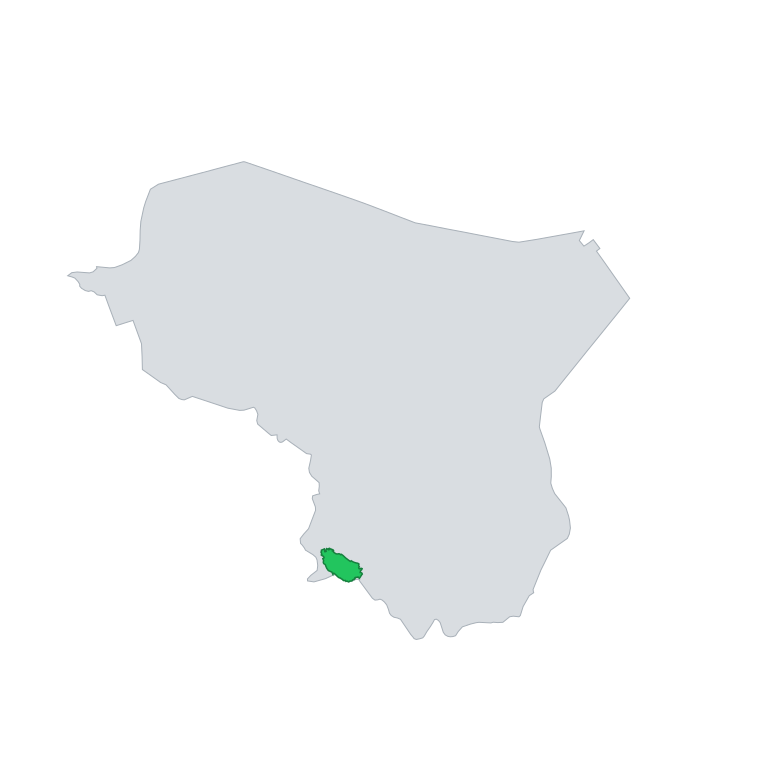 Sharbazher, As-Sulaymaniyah, Iraq (highlighted), rotated 160°
{"feature_id": "34846034B48461077478738", "entity_name": "Sharbazher", "entity_type": "district", "adm_level": 2, "iso_a3": "IRQ", "parent_name": "Iraq", "parent_adm1": "As-Sulaymaniyah", "projection": "mercator", "projection_center": [45.575, 35.704], "detail": "fine", "context": "in_parent", "style": "filled", "palette": "green", "viewbox_px": 768, "rotation_deg": 160, "n_neighbors": 0, "source": "geoboundaries", "source_scale": "gbopen_adm2", "svg_char_len": 5849}
<svg xmlns="http://www.w3.org/2000/svg" viewBox="0 0 768 768"><g transform="rotate(160 384 384)"><path d="M314.7,136.7L319.9,135.4L329.4,127.3L335.1,119.8L336.8,119.1L341.9,121.6L345.5,122.3L353.8,119.4L358.7,120.9L362.9,122.8L365.2,122.9L376.3,127.6L379.1,128.2L384.8,128.8L393.4,129.0L398.9,126.0L402.8,123.0L405.6,123.1L408.2,123.8L410.4,125.1L412.3,127.3L413.2,130.4L412.8,140.5L413.7,143.2L415.2,145.1L417.1,145.4L419.4,143.3L423.5,140.1L428.5,136.6L432.3,133.4L434.4,132.2L437.8,132.4L441.0,132.9L442.9,134.5L442.9,135.0L444.6,139.7L449.0,157.3L451.5,159.6L454.4,161.4L456.4,164.0L457.2,166.7L456.9,170.7L457.0,175.5L458.2,179.1L459.8,181.8L461.4,183.2L463.6,183.3L466.4,184.0L468.2,186.7L474.1,206.6L474.6,209.2L477.1,210.0L481.1,209.7L485.3,211.7L489.7,214.9L493.9,221.0L496.7,221.9L505.5,221.1L517.5,222.0L523.2,225.1L522.6,227.0L518.3,229.2L510.6,231.7L508.4,236.0L507.1,241.5L507.3,244.6L509.2,248.0L514.6,254.7L514.9,257.1L515.9,260.5L516.9,262.8L515.7,267.3L510.8,270.4L504.4,273.8L491.5,288.7L490.5,292.0L490.6,300.8L489.3,303.3L485.2,303.2L482.0,302.8L481.9,305.9L479.8,310.0L478.7,313.5L483.4,322.0L484.3,326.4L483.5,330.5L479.1,337.4L476.5,342.1L477.1,343.2L480.6,345.1L491.2,360.4L494.7,365.7L499.2,364.3L500.9,364.4L502.2,365.3L503.0,367.1L503.0,369.4L501.9,372.8L507.6,374.2L509.7,377.7L516.4,389.5L516.1,393.1L512.9,398.6L512.9,402.4L513.6,405.7L514.6,406.8L524.5,407.3L528.7,408.6L539.0,414.7L550.6,423.9L560.2,431.5L568.3,437.9L577.1,437.4L579.4,438.6L581.7,440.6L584.2,445.9L589.1,457.8L593.4,461.8L599.9,471.3L606.1,480.2L602.0,492.3L598.1,504.8L598.1,521.0L598.1,529.6L606.4,530.0L615.7,530.4L615.8,540.7L615.9,551.1L615.9,562.9L618.7,563.4L623.0,565.9L624.9,569.7L627.2,571.8L630.0,572.1L632.8,574.0L635.5,577.4L636.5,580.0L635.8,581.7L636.4,584.8L638.3,589.3L640.6,591.3L644.2,593.9L639.3,595.4L634.0,594.2L622.7,589.1L619.0,588.9L614.2,590.9L614.0,592.6L602.0,586.9L597.7,585.7L596.2,585.6L589.3,585.6L579.5,586.7L573.8,589.0L569.8,591.5L568.0,593.9L567.3,595.3L564.2,602.4L560.6,611.7L556.9,619.9L549.6,631.6L545.6,636.9L536.9,646.9L527.6,648.9L505.9,646.9L481.9,644.7L458.0,642.6L440.3,641.0L438.9,640.4L421.3,626.2L407.4,614.9L390.1,600.8L372.3,586.4L354.3,571.7L341.3,561.0L325.4,547.3L311.0,534.7L299.6,524.8L284.9,516.1L273.5,509.2L256.8,499.3L243.5,491.3L232.1,484.5L214.6,474.0L208.7,471.1L190.6,467.6L173.3,464.6L155.4,461.5L143.6,459.5L151.4,452.0L149.0,445.2L143.3,446.5L138.0,448.1L134.8,437.5L138.9,436.2L135.1,422.5L131.3,408.3L127.6,394.6L123.8,380.5L138.8,371.4L150.1,364.6L165.9,355.1L181.1,346.0L195.6,337.2L211.5,327.6L225.8,318.9L238.9,315.4L241.6,312.6L247.6,300.8L252.7,290.6L252.9,288.3L253.0,273.9L253.9,256.9L255.6,247.8L258.5,239.7L261.2,233.8L261.5,228.3L261.1,222.7L258.3,214.2L255.4,205.4L255.7,196.8L256.3,192.3L258.1,184.9L261.2,179.6L264.5,176.2L277.0,172.8L284.3,170.8L294.2,161.2L300.1,155.6L308.2,146.6L314.2,139.9L314.7,137.6L314.7,136.7Z" fill="#d9dde1" stroke="#a8b0b8" stroke-width="1"/><path d="M494.2,248.9L494.5,248.5L495.2,247.7L495.7,247.4L495.8,247.2L495.7,246.5L496.3,246.5L496.6,246.5L497.0,246.7L496.8,247.4L496.6,248.2L496.4,248.7L496.3,249.1L496.3,249.4L497.1,249.4L498.0,249.3L498.9,249.3L499.6,249.3L499.9,248.7L500.2,247.8L500.7,247.6L500.6,246.5L500.7,245.9L500.7,245.6L500.7,245.1L501.4,244.8L501.2,244.5L500.9,243.9L500.8,243.7L500.4,243.4L500.1,243.1L499.9,242.8L499.8,242.4L499.7,242.0L499.7,241.3L500.1,241.0L501.2,240.9L501.2,239.6L501.1,238.7L501.6,238.0L502.0,237.3L502.1,236.5L502.0,235.8L501.7,235.3L501.2,234.8L501.0,234.3L500.9,233.8L501.0,233.2L500.9,231.8L500.9,231.5L500.9,230.8L500.8,230.3L500.7,229.9L500.6,229.5L500.3,228.4L500.2,227.9L500.0,227.6L499.4,227.0L498.9,226.6L498.4,226.0L497.8,225.6L497.3,225.1L497.3,224.6L497.2,224.3L497.2,223.7L497.2,223.3L497.1,222.5L496.6,223.1L496.1,223.4L495.6,223.1L494.7,221.4L494.1,220.4L493.9,219.7L493.3,218.5L492.9,218.0L492.5,217.3L492.0,216.9L491.2,216.5L491.2,216.2L490.9,215.6L490.1,214.8L489.7,214.5L489.6,214.0L489.6,213.5L489.1,213.1L488.8,212.8L487.7,212.8L487.5,212.4L487.4,211.9L487.3,211.5L486.7,211.5L486.1,211.3L485.9,211.2L485.4,210.5L485.2,210.2L484.8,210.1L484.3,210.1L483.7,210.4L483.4,210.4L483.0,210.3L482.9,210.2L482.5,210.1L482.0,210.0L481.3,210.0L480.9,210.2L480.5,210.6L480.0,210.7L479.4,210.5L478.9,210.5L478.7,210.8L478.5,211.2L478.2,211.3L477.7,211.1L477.6,211.4L477.4,211.8L477.4,212.0L477.2,212.0L476.7,212.0L476.1,211.7L475.6,211.7L475.4,211.6L474.9,211.4L474.8,211.6L474.4,211.6L474.2,211.1L474.0,210.5L473.5,209.8L473.3,210.2L472.8,210.5L472.2,210.7L471.8,211.2L470.7,211.9L470.4,212.2L470.0,212.5L469.8,212.6L469.4,212.8L469.4,213.1L469.4,213.4L469.4,213.8L469.9,214.4L470.2,214.8L470.5,215.0L470.8,215.1L470.4,215.6L470.2,216.2L470.1,216.4L469.5,216.7L469.1,216.9L468.4,217.2L468.1,217.6L467.8,217.8L467.7,218.0L468.1,218.3L468.6,218.7L469.4,218.7L470.0,218.7L470.3,218.7L470.7,219.2L470.7,219.7L470.7,219.9L470.3,220.2L470.1,220.4L469.7,220.7L469.8,221.1L469.9,221.8L469.9,222.2L469.7,222.6L469.4,222.9L469.3,223.1L469.1,223.4L469.5,224.0L470.0,224.6L470.8,225.0L472.5,226.2L473.1,226.7L473.9,227.4L474.5,228.2L475.2,228.8L475.3,229.1L476.1,228.9L476.3,228.8L477.3,230.2L478.1,231.4L478.3,231.8L479.0,232.8L479.7,234.0L480.2,235.0L480.9,236.4L481.3,237.1L481.8,237.8L482.2,238.5L482.9,238.5L483.3,238.5L483.4,239.0L483.8,239.5L484.1,239.7L484.7,240.0L485.1,240.0L485.4,240.0L485.7,240.2L486.1,240.3L486.5,240.5L487.0,240.7L487.3,241.0L487.8,241.7L488.5,242.5L488.8,243.0L488.9,243.6L489.1,244.4L489.2,244.5L488.7,244.5L488.4,244.5L488.4,244.9L488.4,245.0L488.5,245.4L489.2,246.1L489.5,246.3L489.7,246.7L490.3,246.7L490.6,247.2L491.1,247.8L491.3,248.2L491.9,248.2L492.4,248.3L492.5,248.3L492.5,248.2L492.4,248.0L492.3,247.5L492.2,247.3L492.1,247.2L492.5,247.0L493.5,248.0L494.0,248.6L494.1,248.8L494.2,248.9Z" fill="#22c55e" stroke="#15803d" stroke-width="1.5"/></g></svg>